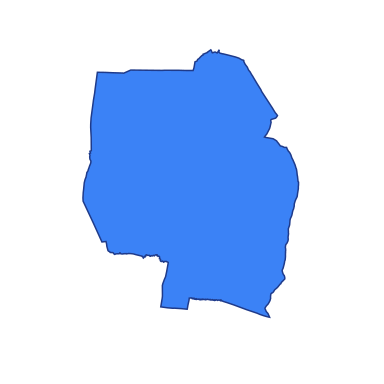 the district of Orodel, Dolj, Romania, rotated 162°
{"feature_id": "2599482B27494005869762", "entity_name": "Orodel", "entity_type": "district", "adm_level": 2, "iso_a3": "ROU", "parent_name": "Romania", "parent_adm1": "Dolj", "projection": "albers", "projection_center": [23.277, 44.26], "detail": "fine", "context": "isolated", "style": "filled", "palette": "blue", "viewbox_px": 384, "rotation_deg": 162, "n_neighbors": 0, "source": "geoboundaries", "source_scale": "gbopen_adm2", "svg_char_len": 5773}
<svg xmlns="http://www.w3.org/2000/svg" viewBox="0 0 384 384"><g transform="rotate(162 192 192)"><path d="M245.0,335.1L252.2,320.1L254.0,316.2L257.5,309.5L257.9,308.6L265.1,293.6L267.3,288.0L268.4,284.8L271.0,275.1L275.0,262.4L276.5,262.3L276.5,260.4L277.7,260.3L277.7,259.3L277.8,258.1L278.4,257.2L278.9,255.0L278.9,254.4L278.7,253.5L278.6,253.2L278.8,251.9L279.6,250.5L281.3,248.5L282.7,246.6L283.7,245.4L284.2,244.5L285.0,243.7L285.9,243.1L286.9,241.2L288.2,238.9L289.8,237.0L291.6,234.1L294.3,227.9L295.6,225.1L297.5,220.2L298.0,218.4L298.4,216.9L295.4,192.8L293.1,172.3L289.1,171.5L289.3,169.0L289.8,166.4L290.0,162.2L289.7,161.6L288.7,160.6L288.6,160.0L288.5,159.8L287.5,159.3L287.2,159.3L286.2,158.9L285.8,158.6L285.6,158.1L285.5,157.5L285.2,157.2L285.0,156.8L284.9,156.6L284.7,156.5L284.1,156.7L283.7,156.6L283.0,156.6L281.4,156.1L280.6,155.8L280.1,155.8L279.8,156.0L279.6,156.4L279.4,156.4L279.1,156.2L279.0,155.4L278.2,154.9L276.8,154.4L276.3,154.5L275.7,154.2L275.2,154.2L274.4,154.0L273.8,153.5L273.6,153.4L273.2,153.6L272.1,153.1L271.1,153.1L270.6,152.8L269.7,152.5L267.0,151.3L264.8,149.8L259.3,146.4L259.4,146.1L259.3,145.9L258.9,145.6L258.7,145.3L258.8,144.5L258.7,144.2L258.3,144.4L258.0,145.0L256.7,144.7L256.6,144.8L256.7,145.5L256.2,145.5L255.6,145.5L255.6,145.8L255.2,146.3L254.9,146.4L253.5,145.3L252.1,144.9L251.8,144.6L251.9,144.1L251.7,143.8L251.3,143.7L250.3,144.0L249.9,143.7L249.2,143.4L248.7,143.7L248.3,143.7L248.1,143.6L247.8,143.1L247.5,142.9L246.8,143.3L245.8,143.5L244.7,143.1L244.5,142.9L244.6,142.6L245.0,142.4L244.9,142.1L244.4,141.8L244.2,141.3L243.5,141.3L243.2,141.1L242.9,140.3L243.0,139.8L243.6,138.6L242.9,138.0L242.8,137.5L243.0,137.0L243.3,136.8L243.3,136.3L243.0,135.6L242.5,135.3L242.1,135.3L241.7,135.5L241.3,135.3L240.9,134.7L240.9,134.3L240.7,134.0L240.4,134.0L240.2,134.4L239.9,134.5L238.0,134.0L237.9,133.7L237.6,133.6L236.4,132.4L236.5,132.0L240.6,124.3L242.9,120.3L243.3,119.6L245.2,117.5L248.1,113.8L249.1,112.2L251.9,103.3L252.3,102.1L253.1,100.3L257.2,92.4L251.0,89.4L246.0,87.3L244.8,87.0L238.0,84.3L232.8,82.0L232.1,83.2L231.1,85.2L228.3,90.0L227.4,91.9L227.2,91.8L225.6,91.6L225.1,91.3L224.9,90.6L224.7,90.4L224.5,90.5L224.5,90.8L224.3,90.8L224.0,90.4L223.7,90.5L223.5,90.0L223.0,90.1L223.1,89.6L222.7,89.3L221.9,89.4L221.7,89.2L221.9,88.9L221.7,88.8L221.3,89.1L220.9,89.1L220.9,88.9L221.1,88.8L221.0,88.6L220.7,88.8L220.3,88.4L219.4,88.3L219.0,87.9L218.6,88.0L218.0,87.7L217.9,87.3L217.4,87.5L216.9,87.2L217.0,86.9L216.9,86.9L216.6,86.8L216.0,87.0L215.8,87.0L215.8,86.7L215.7,86.5L215.0,86.7L214.8,86.5L214.6,86.6L214.4,86.5L214.1,86.4L214.1,86.2L213.4,86.0L213.1,85.7L212.5,85.8L212.4,85.7L212.3,85.4L211.9,85.6L211.5,85.2L211.2,85.3L210.8,85.1L210.2,85.2L209.6,84.7L208.8,84.2L208.1,84.3L207.9,84.2L207.9,83.7L207.2,83.3L206.4,83.4L206.1,83.1L205.8,83.3L205.5,83.0L205.4,82.7L205.2,82.6L204.9,82.4L204.6,82.5L204.5,82.2L204.4,82.1L204.2,82.4L203.9,82.3L203.5,81.8L203.4,81.8L203.2,82.1L202.9,81.8L202.1,81.9L202.0,81.7L201.6,81.6L201.2,81.0L199.8,81.0L199.3,80.6L199.0,80.5L198.7,80.0L198.3,80.5L197.9,80.5L197.8,80.4L197.9,80.2L197.8,79.9L197.4,79.6L197.2,79.0L196.7,78.9L196.0,78.2L192.6,75.8L187.4,71.9L176.4,63.2L167.4,56.5L165.5,54.8L162.2,52.3L159.7,50.6L157.8,49.4L156.9,48.9L157.3,53.0L158.1,54.8L158.4,55.9L158.4,56.9L158.6,58.2L158.6,58.6L158.4,59.1L156.8,60.5L155.8,61.1L154.3,61.9L152.4,63.6L151.5,64.5L151.1,65.0L150.8,65.6L150.2,66.3L149.8,67.7L149.4,68.8L148.7,70.3L148.5,70.6L148.3,70.8L147.3,71.3L146.8,71.2L146.3,71.4L145.3,71.9L143.9,73.2L143.2,73.6L140.9,74.5L139.6,75.2L136.6,77.2L135.9,77.3L135.4,77.9L134.4,78.7L132.7,79.5L131.3,80.3L130.9,80.4L130.5,80.9L130.2,82.0L130.1,83.1L130.1,84.1L130.4,84.7L130.7,86.2L130.7,86.9L130.6,88.9L130.5,89.5L130.2,90.0L128.9,91.4L126.9,94.5L126.0,96.0L125.3,97.5L124.6,98.3L124.2,99.0L123.1,101.6L122.2,104.4L121.7,105.5L121.7,106.0L121.2,106.9L120.8,108.0L120.4,109.7L120.4,110.3L120.0,111.2L119.3,112.6L119.0,113.0L117.4,114.1L115.8,115.9L115.6,116.3L115.1,117.3L114.6,119.4L113.1,122.4L112.8,123.9L112.4,124.9L112.1,126.2L111.7,127.3L110.3,129.2L109.8,129.8L109.2,130.8L107.5,134.9L107.0,135.8L106.2,136.8L105.5,137.5L104.4,138.8L103.6,140.1L102.5,142.1L101.5,143.6L100.7,144.4L99.2,146.9L98.4,149.1L97.6,150.2L97.1,151.0L96.0,152.4L93.6,154.9L93.2,155.5L92.1,157.9L89.8,162.4L89.2,164.3L88.5,165.8L87.6,168.5L87.9,169.2L86.8,174.4L86.7,175.6L86.0,178.9L85.7,180.8L85.6,181.4L85.7,183.0L85.6,185.8L86.1,191.3L86.5,193.7L86.5,196.6L86.7,198.1L87.1,199.9L87.6,200.6L87.9,201.8L88.2,203.6L88.3,205.2L90.2,205.8L91.0,206.4L91.3,206.8L91.7,207.2L93.8,208.6L94.7,211.5L95.6,213.8L95.7,214.4L97.0,216.0L98.4,217.6L105.0,221.1L106.1,221.9L104.9,222.8L103.0,224.0L100.7,226.3L98.6,228.4L97.5,230.0L95.2,233.9L95.2,234.2L95.1,235.5L94.8,236.1L94.3,236.4L93.5,236.5L90.0,236.4L89.5,236.5L88.6,237.0L87.1,238.2L87.5,239.7L88.3,241.6L89.2,245.3L89.4,246.3L94.6,265.6L94.8,266.7L94.8,267.3L95.0,268.5L95.4,270.0L96.7,275.3L98.3,282.3L98.4,283.0L99.0,285.1L99.3,286.5L99.6,288.2L100.1,289.4L100.5,290.5L100.7,292.0L100.8,293.6L101.2,294.7L101.8,296.5L102.1,297.6L102.4,300.2L102.1,301.1L102.2,301.3L102.4,301.5L103.4,302.1L104.3,302.9L106.0,304.8L107.2,305.7L109.1,307.1L115.4,311.1L119.6,313.7L120.5,314.1L121.3,314.7L122.3,315.2L123.3,316.6L122.5,318.0L122.4,318.3L122.6,318.5L125.0,316.5L125.4,316.7L126.5,317.8L126.8,318.0L127.8,318.1L129.0,318.0L129.6,318.1L129.8,318.3L129.8,318.8L130.0,320.9L130.2,321.4L130.8,321.2L134.1,320.2L134.2,319.9L138.9,319.6L139.1,318.9L140.4,318.7L142.3,317.8L144.2,316.7L145.7,316.3L146.6,315.2L147.0,315.0L148.9,314.9L151.7,309.6L153.4,307.2L161.0,309.7L166.3,311.6L180.3,316.2L182.9,316.9L212.6,326.9L220.3,326.1L221.0,326.5L230.5,329.9L237.7,332.6L245.0,335.1Z" fill="#3b82f6" stroke="#1e3a8a" stroke-width="1.5"/></g></svg>